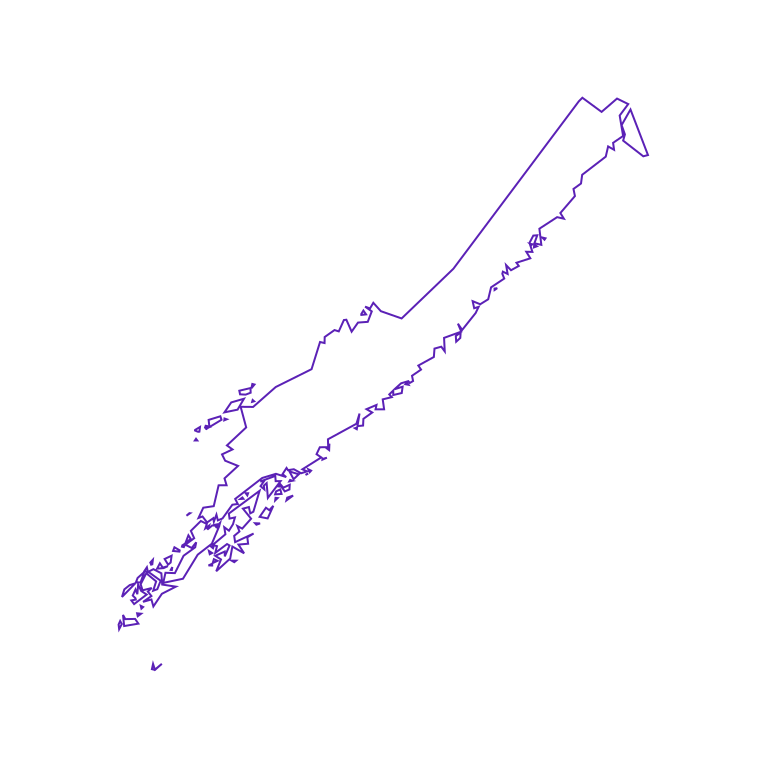 the district of Hograno-Kia-Havulei, Isabel, Solomon Islands, rotated 277°
{"feature_id": "97153195B62958617202697", "entity_name": "Hograno-Kia-Havulei", "entity_type": "district", "adm_level": 2, "iso_a3": "SLB", "parent_name": "Solomon Islands", "parent_adm1": "Isabel", "projection": "robinson", "projection_center": [158.602, -7.881], "detail": "fine", "context": "isolated", "style": "outline", "palette": "violet", "viewbox_px": 768, "rotation_deg": 277, "n_neighbors": 0, "source": "geoboundaries", "source_scale": "gbopen_adm2", "svg_char_len": 6221}
<svg xmlns="http://www.w3.org/2000/svg" viewBox="0 0 768 768"><g transform="rotate(277 384 384)"><path d="M695.7,580.5L680.6,566.8L692.3,546.0L688.3,542.9L506.8,438.8L451.2,393.5L455.9,372.0L463.3,363.5L457.3,360.9L458.5,355.8L454.6,363.0L443.7,360.3L441.8,350.7L432.0,345.5L443.2,338.8L442.6,336.4L430.7,332.7L431.5,328.3L423.4,319.4L417.4,320.0L417.9,315.4L389.9,310.3L367.8,276.9L345.3,256.9L343.9,244.5L324.1,252.5L303.9,235.6L300.6,241.6L294.4,231.8L288.5,235.7L284.9,249.1L270.9,237.2L264.3,240.1L263.3,232.2L242.0,229.9L239.2,219.7L228.4,216.2L230.4,220.0L225.0,225.3L230.0,230.9L226.6,231.9L233.9,233.6L228.4,235.7L230.9,240.1L245.7,248.2L247.1,253.5L251.8,250.3L275.9,274.6L281.7,287.7L279.7,298.3L282.2,294.3L288.8,297.5L286.8,299.2L288.4,304.9L285.3,312.6L287.9,318.3L289.4,313.4L303.5,330.7L306.1,325.6L313.4,328.0L314.5,336.3L322.3,335.1L341.2,361.5L351.7,363.3L339.0,362.8L340.2,368.3L346.9,367.8L354.3,375.8L356.9,369.7L362.3,379.1L357.8,378.7L358.9,387.2L368.6,384.6L371.9,393.3L374.3,390.5L378.7,394.0L374.2,394.5L377.2,402.7L383.6,402.8L380.0,395.0L386.8,400.9L389.8,407.8L388.2,409.5L390.5,412.5L395.6,410.8L402.8,419.0L406.5,415.8L416.9,430.2L425.3,429.8L428.0,436.3L423.8,440.3L437.1,438.0L445.4,454.3L452.9,450.0L447.2,455.0L465.6,466.3L472.1,468.5L470.2,464.3L477.0,461.9L474.9,469.8L480.8,477.1L493.0,478.5L503.3,490.5L507.8,488.0L510.0,488.3L508.3,493.3L516.9,490.7L512.4,496.2L517.6,503.4L520.5,500.7L526.6,513.9L532.6,509.1L533.2,515.2L541.8,511.2L549.5,514.1L550.3,518.0L542.0,516.1L541.3,523.2L557.1,519.3L570.7,535.5L570.0,542.4L575.2,538.2L593.8,550.6L600.7,548.3L607.0,555.1L615.8,555.2L636.7,576.4L647.1,577.5L644.5,583.8L651.3,582.0L659.3,591.1L679.2,585.2L691.6,592.3L695.7,580.5ZM262.8,273.5L236.5,245.8L231.6,247.1L233.4,252.3L226.4,251.2L219.5,248.0L222.4,242.9L215.5,244.9L203.4,233.6L202.7,238.0L195.8,237.1L206.0,247.7L204.9,250.4L193.5,247.0L198.3,246.3L192.9,237.5L190.0,243.6L177.7,240.3L192.0,252.6L204.2,253.3L198.9,265.8L206.9,259.1L208.9,268.6L215.1,267.0L219.7,272.8L208.9,255.5L215.0,253.8L220.0,258.5L225.2,255.7L223.2,260.9L234.1,268.5L243.1,259.2L245.4,264.9L239.3,267.0L241.3,269.9L262.8,273.5ZM225.7,218.9L214.7,210.2L207.8,214.4L200.3,206.4L197.8,213.1L204.0,216.9L198.9,216.5L189.1,206.0L170.8,199.5L170.0,190.1L159.7,189.1L166.2,208.2L191.9,219.9L204.5,232.6L221.1,237.3L220.9,236.9L221.3,235.1L222.9,233.7L222.7,230.8L218.0,226.4L222.0,227.5L219.0,224.3L223.5,225.2L225.7,218.9ZM686.5,595.2L669.9,588.3L661.1,592.7L654.7,591.7L641.6,613.6L643.4,618.1L686.5,595.2ZM172.1,177.7L168.9,172.9L161.5,186.3L152.7,184.0L150.7,180.1L160.3,181.9L167.2,171.1L155.6,166.9L149.8,169.5L153.2,178.3L149.2,174.9L145.2,179.0L138.4,171.4L141.8,179.4L135.1,182.2L148.7,189.1L157.5,202.1L157.9,188.3L169.0,186.1L172.1,177.7ZM279.5,287.3L272.2,273.1L273.0,276.8L267.6,273.9L264.8,278.1L268.5,277.1L271.3,279.6L256.8,282.6L275.0,293.2L274.4,288.3L279.5,287.3ZM155.0,164.4L145.3,164.8L149.8,162.4L143.4,160.4L141.1,163.4L139.8,163.9L138.4,159.6L135.1,162.8L146.1,174.1L149.0,168.2L155.0,164.4ZM352.3,246.8L347.1,234.6L336.4,229.1L340.7,241.8L352.3,246.8ZM249.6,289.0L244.8,285.5L246.8,281.9L237.0,276.8L236.4,284.9L249.6,289.0ZM123.0,153.1L112.1,155.6L116.2,169.4L120.5,165.6L119.1,155.9L123.0,153.1ZM332.0,225.5L327.0,214.3L320.0,216.0L328.7,227.1L332.0,225.5ZM284.0,310.4L285.7,300.8L278.5,305.9L284.0,310.4ZM155.9,161.5L153.4,156.1L148.5,151.3L140.7,149.9L155.9,161.5ZM363.7,252.0L359.7,241.2L356.2,242.4L356.6,248.0L359.1,252.7L363.7,252.0ZM168.1,168.9L161.5,163.1L156.8,161.9L157.4,166.6L168.1,168.9ZM178.7,183.4L173.1,181.3L174.4,187.7L176.9,191.7L174.8,186.8L178.7,183.4ZM187.7,194.1L183.6,187.6L178.4,191.7L180.8,194.0L187.7,194.1ZM272.5,302.7L268.3,295.8L265.3,298.6L267.8,303.0L272.5,302.7ZM266.7,293.9L264.3,290.0L261.2,289.4L262.4,295.7L266.7,293.9ZM444.4,453.8L440.4,449.4L434.8,450.5L439.0,454.1L444.4,453.8ZM196.4,195.9L192.6,195.0L192.7,201.4L194.0,201.5L196.4,195.9ZM269.6,295.9L272.1,293.1L269.5,291.9L269.6,295.9ZM168.5,172.6L173.2,171.0L169.2,169.0L168.5,172.6ZM116.6,151.0L112.9,149.9L108.4,151.0L113.8,153.0L116.6,151.0ZM210.0,208.3L202.7,206.5L202.5,207.4L206.9,210.9L210.0,208.3ZM230.5,278.0L230.1,273.0L228.8,274.5L230.5,278.0ZM454.4,354.6L450.6,352.9L449.8,353.1L450.9,357.7L454.4,354.6ZM318.9,206.6L315.4,202.1L314.8,202.1L314.0,204.8L314.0,206.1L314.2,206.6L318.9,206.6ZM318.1,337.1L314.1,336.5L313.1,335.2L311.7,337.6L318.1,337.1ZM79.2,197.6L72.6,191.4L78.0,188.9L72.7,188.4L72.3,191.5L79.2,197.6ZM126.4,170.9L126.3,166.9L123.5,167.9L126.4,170.9ZM190.6,258.7L190.1,254.3L188.9,257.1L190.6,258.7ZM188.2,240.3L189.4,236.5L185.4,235.8L188.2,240.3ZM184.7,235.4L182.5,231.9L182.9,235.6L184.7,235.4ZM201.8,206.6L199.3,203.5L197.9,203.3L197.7,205.2L201.8,206.6ZM386.2,408.4L388.4,406.4L386.4,405.3L386.2,408.4ZM195.3,234.0L196.9,230.6L193.8,231.8L195.3,234.0ZM289.1,322.2L290.1,319.3L287.4,321.0L289.1,322.2ZM367.7,255.5L368.0,253.3L363.6,252.9L367.7,255.5ZM303.9,336.3L302.1,332.1L301.4,332.1L303.9,336.3ZM133.3,172.1L134.2,169.6L131.5,170.6L133.3,172.1ZM548.3,526.5L548.7,523.2L546.8,525.7L548.3,526.5ZM257.8,292.3L257.8,290.2L255.2,290.2L257.8,292.3ZM539.3,518.9L540.5,516.1L537.9,516.2L539.3,518.9ZM229.2,204.0L232.1,207.3L232.1,206.6L229.2,204.0ZM492.9,484.7L492.2,482.1L490.8,482.3L492.9,484.7ZM351.0,257.2L352.1,255.6L350.2,255.3L351.0,257.2ZM262.2,307.4L259.4,301.8L256.6,301.4L262.2,307.4ZM181.4,176.0L178.3,173.8L176.3,174.9L176.8,176.0L181.4,176.0ZM254.1,257.3L252.4,255.5L252.9,258.4L254.1,257.3ZM224.7,236.4L223.7,233.5L223.0,234.5L224.7,236.4ZM337.5,362.6L336.6,360.6L335.8,362.5L337.5,362.6ZM320.8,212.1L318.1,211.5L319.9,213.0L319.6,214.8L319.1,213.4L317.8,213.1L318.0,212.2L317.7,213.2L319.4,215.0L320.3,214.5L320.7,213.7L320.8,212.1ZM276.8,304.9L277.3,302.5L275.8,301.9L276.8,304.9ZM226.2,238.2L222.7,235.4L221.2,236.3L222.2,237.6L226.2,238.2ZM329.8,232.2L330.3,229.9L328.5,229.9L329.8,232.2ZM285.8,319.7L285.2,318.4L284.2,317.2L285.8,319.7ZM202.3,234.7L201.4,232.4L200.2,234.3L202.3,234.7ZM259.0,262.4L258.7,260.1L256.8,261.9L259.0,262.4ZM305.2,205.5L306.7,204.1L304.9,203.2L305.2,205.5ZM540.8,514.1L540.9,512.0L539.9,513.5L540.8,514.1ZM176.5,196.2L173.5,195.0L173.5,196.1L176.5,196.2Z" fill="none" stroke="#5b21b6" stroke-width="2"/></g></svg>